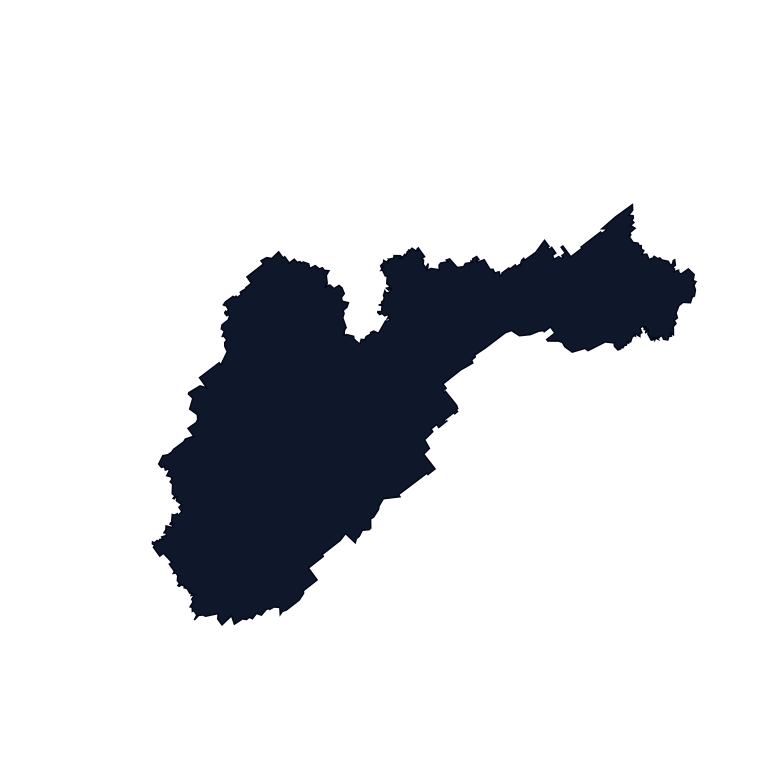 outline of Bathurst, New South Wales, Australia, rotated 224°
{"feature_id": "25037944B26387144583263", "entity_name": "Bathurst", "entity_type": "district", "adm_level": 2, "iso_a3": "AUS", "parent_name": "Australia", "parent_adm1": "New South Wales", "projection": "equal_earth", "projection_center": [149.529, -33.473], "detail": "fine", "context": "isolated", "style": "filled", "palette": "ink", "viewbox_px": 768, "rotation_deg": 224, "n_neighbors": 0, "source": "geoboundaries", "source_scale": "gbopen_adm2", "svg_char_len": 6150}
<svg xmlns="http://www.w3.org/2000/svg" viewBox="0 0 768 768"><g transform="rotate(224 384 384)"><path d="M329.9,685.6L333.5,665.2L335.1,646.9L332.1,649.9L331.1,648.7L331.9,643.4L333.8,643.8L337.4,619.4L335.9,619.1L338.0,605.3L351.2,607.5L351.6,605.4L344.6,604.2L345.2,599.9L343.3,599.6L343.6,597.5L346.9,597.0L348.2,591.9L352.1,593.4L351.3,597.5L358.3,598.8L358.7,595.3L361.2,595.8L360.9,597.6L368.3,598.9L366.3,584.0L368.8,570.6L370.8,571.5L370.9,568.5L368.3,563.9L369.5,563.9L370.0,560.5L372.3,560.9L373.3,553.9L374.8,554.2L376.2,545.6L375.0,544.7L375.2,542.5L379.2,544.7L381.5,540.8L385.2,542.3L387.3,540.1L398.3,543.0L401.1,536.7L403.0,537.1L402.1,539.4L405.9,540.1L407.2,535.6L404.7,533.7L406.9,533.0L405.7,531.8L409.2,527.3L408.3,523.6L412.3,518.7L423.7,519.6L425.3,516.4L423.1,516.2L427.3,510.3L426.9,507.7L423.6,504.6L430.4,499.8L431.9,496.0L435.8,501.4L434.7,496.5L439.0,497.4L441.6,500.6L444.0,500.3L443.2,503.8L453.9,505.7L453.9,503.8L452.5,503.6L453.4,501.9L458.2,501.1L458.1,498.3L459.2,497.6L457.7,496.7L459.2,495.7L457.5,491.4L459.1,491.6L458.4,486.6L460.0,485.2L459.5,487.9L461.4,487.6L466.0,483.3L464.3,481.2L467.5,476.9L466.3,476.9L467.0,474.9L465.5,473.8L470.1,472.7L468.5,471.0L468.6,466.7L466.5,465.8L465.8,467.7L465.1,463.7L464.3,464.9L458.2,462.6L456.5,463.8L451.8,458.1L448.0,458.4L447.3,457.0L448.8,454.6L445.8,454.8L445.4,457.7L444.0,457.0L444.1,452.7L446.2,451.1L448.1,451.7L445.8,447.2L443.7,446.3L442.3,443.4L442.8,441.3L441.0,440.2L442.7,437.1L440.0,439.2L436.1,434.6L438.7,431.8L438.0,431.0L435.3,431.0L434.3,433.4L430.8,433.5L429.5,436.6L427.6,435.9L426.9,433.1L425.7,435.2L424.4,434.6L424.5,432.4L426.7,430.4L423.2,416.7L428.2,414.9L429.4,411.8L428.2,410.6L429.8,405.8L428.6,402.4L431.4,400.3L429.0,395.9L436.6,395.4L439.0,397.2L445.2,393.6L446.4,391.3L449.7,395.0L450.4,398.3L459.7,403.0L461.7,407.0L464.4,408.4L464.0,413.5L466.0,417.8L471.7,414.5L474.8,416.8L475.3,421.4L481.1,424.0L484.8,423.7L486.3,417.9L491.5,417.7L492.9,415.8L492.7,412.8L493.9,412.7L494.7,416.9L500.9,422.0L502.3,427.3L505.8,424.3L509.0,424.9L510.5,421.9L515.7,421.4L517.7,415.5L521.6,418.1L526.8,415.7L527.8,413.1L529.4,413.7L531.1,411.2L535.3,411.4L536.2,405.2L543.9,406.6L544.2,404.5L551.6,405.9L551.9,396.3L556.2,393.4L558.1,387.2L554.1,386.5L557.0,365.8L549.4,364.4L550.3,357.3L549.5,357.1L551.2,350.2L548.9,349.2L549.4,346.1L549.7,344.1L551.5,344.4L551.8,342.3L553.5,342.2L555.1,333.0L554.5,329.3L551.4,330.6L547.6,329.4L546.8,326.5L548.5,326.4L548.2,324.7L546.7,324.0L544.4,324.0L544.5,326.0L542.3,325.6L540.6,322.1L541.6,314.0L539.3,310.6L535.6,311.1L533.4,305.9L532.2,307.2L527.6,306.4L527.4,303.2L524.6,300.4L519.3,298.5L514.6,284.3L517.3,284.8L521.1,260.4L508.9,258.1L515.0,254.9L518.4,242.2L517.7,240.9L511.6,240.9L506.4,231.0L497.0,232.3L493.3,229.0L492.3,225.6L494.2,215.9L484.6,214.3L488.7,206.4L487.9,203.3L490.0,190.8L489.4,187.5L490.3,183.0L493.3,178.8L490.5,169.9L486.2,169.4L484.4,172.0L481.5,170.2L480.0,173.0L478.4,172.9L476.6,167.1L472.8,169.2L470.4,168.4L469.9,165.1L466.5,165.1L460.1,158.0L456.6,158.2L456.2,155.2L455.1,155.7L455.3,158.6L454.2,158.8L452.2,155.8L445.7,156.8L445.9,152.9L440.8,151.8L440.7,146.4L442.6,147.2L443.7,144.1L445.7,143.1L441.4,137.8L439.1,137.7L441.1,136.1L440.5,134.5L438.4,135.4L436.1,134.1L442.2,130.5L439.7,127.7L438.9,124.1L437.0,125.4L435.4,123.7L437.7,119.5L435.2,118.8L437.3,116.5L436.8,114.4L438.5,113.9L438.9,110.1L440.8,109.6L439.6,108.1L437.0,108.9L436.5,106.4L425.7,104.4L425.1,109.0L412.8,108.4L413.3,105.3L404.6,103.6L404.0,101.4L402.5,103.4L399.2,102.9L396.1,99.0L392.6,98.5L392.3,95.8L390.7,96.2L390.1,98.9L386.9,100.1L386.3,98.6L383.4,100.1L378.4,98.6L377.2,100.3L375.8,97.8L373.8,100.7L372.8,95.6L370.0,94.7L368.7,89.0L366.8,90.1L363.9,87.3L363.3,88.8L358.2,87.8L356.5,82.4L356.6,88.7L353.7,92.2L351.1,92.9L343.8,103.7L340.5,99.5L333.2,98.2L332.7,111.4L324.8,107.3L322.6,116.8L319.3,119.0L318.9,122.5L315.6,123.8L316.4,130.3L311.6,132.6L312.1,139.7L311.4,141.9L309.6,142.5L308.3,147.1L303.7,150.9L298.5,146.1L299.1,149.9L297.2,153.5L294.9,169.7L296.4,177.5L298.4,179.4L296.0,196.6L310.5,199.1L307.9,217.9L310.0,218.3L306.8,241.0L307.8,249.7L294.4,249.8L296.5,253.7L296.0,257.1L298.0,263.7L293.5,268.9L293.4,271.1L299.9,277.6L299.0,281.1L300.8,290.0L302.8,292.8L304.8,301.0L294.2,314.0L296.7,314.5L291.2,349.7L289.5,349.4L288.3,358.4L306.7,361.1L306.6,369.2L316.1,372.1L315.8,383.6L318.9,384.4L318.0,391.5L314.4,390.8L313.0,401.8L313.8,399.2L315.7,399.6L313.9,412.0L312.4,411.7L312.0,415.3L314.2,415.6L313.9,417.5L316.4,418.9L319.8,419.5L334.7,421.4L335.0,419.3L336.8,419.7L336.3,424.1L341.6,425.0L338.6,447.5L334.7,460.8L337.7,462.2L337.1,466.9L340.3,468.7L338.7,468.4L336.2,479.9L332.3,505.2L329.5,511.0L320.1,512.8L313.1,521.1L309.3,529.6L306.2,533.3L305.1,532.9L303.9,540.7L296.4,539.3L297.9,529.0L296.0,528.7L288.1,536.2L284.5,537.8L279.8,536.4L270.7,537.7L264.2,549.2L260.4,549.7L254.1,567.9L247.0,573.4L244.5,571.2L239.3,571.0L238.1,573.8L239.1,575.1L237.3,576.0L238.0,578.8L236.7,580.1L237.9,583.1L236.4,583.4L237.1,584.7L235.9,585.6L238.0,590.0L237.7,592.7L236.4,593.1L238.5,594.6L232.9,595.9L234.8,597.9L234.2,600.1L238.8,602.1L237.9,605.7L235.0,604.7L235.9,606.8L233.5,606.6L234.2,604.4L232.8,605.3L231.4,602.1L231.2,606.1L228.8,603.2L222.2,601.2L221.5,602.2L222.5,604.0L221.1,603.2L220.9,605.2L219.8,603.9L220.1,605.8L217.8,606.6L219.8,607.0L218.1,608.5L218.7,609.7L217.5,611.8L213.9,610.4L210.4,612.8L212.1,615.8L210.5,618.1L213.1,619.5L209.9,620.4L215.8,626.4L215.9,630.3L219.5,631.4L218.8,635.3L223.2,637.9L226.3,645.2L225.6,650.5L220.0,655.3L222.7,660.6L221.8,662.9L225.4,668.1L229.5,670.2L230.7,674.4L233.5,673.1L236.9,678.2L245.0,678.2L246.7,669.5L249.0,668.8L251.2,670.5L253.5,666.1L254.9,668.6L257.3,668.0L256.9,671.9L261.2,675.3L261.7,673.8L259.8,670.6L260.4,668.5L264.8,669.7L270.4,666.2L273.1,666.4L274.3,664.3L278.4,663.5L278.1,661.3L279.9,657.6L285.1,660.0L288.7,656.2L289.7,660.4L292.8,659.9L295.1,662.2L296.9,660.7L299.1,661.8L303.0,658.9L309.6,660.2L310.1,662.8L312.3,663.3L311.5,670.5L316.8,669.3L316.4,673.8L319.4,673.8L319.8,676.5L321.7,678.1L325.1,675.3L325.9,681.8L329.9,685.6Z" fill="#0f172a" stroke="#020617" stroke-width="1.5"/></g></svg>